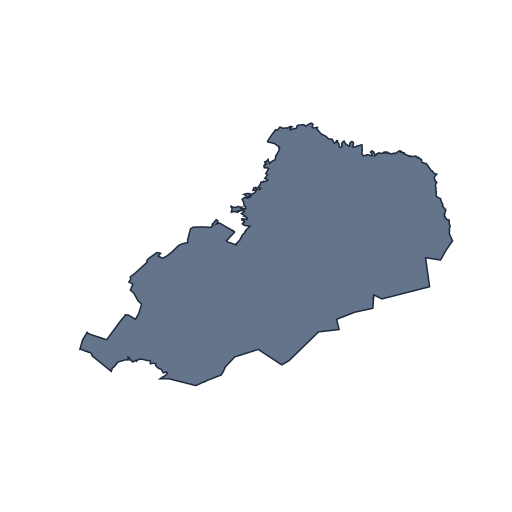 the district of Pinal de Amoles, Querétaro, Mexico, rotated 248°
{"feature_id": "50627088B68767100251382", "entity_name": "Pinal de Amoles", "entity_type": "district", "adm_level": 2, "iso_a3": "MEX", "parent_name": "Mexico", "parent_adm1": "Querétaro", "projection": "equal_earth", "projection_center": [-99.535, 21.167], "detail": "fine", "context": "isolated", "style": "filled", "palette": "slate", "viewbox_px": 512, "rotation_deg": 248, "n_neighbors": 0, "source": "geoboundaries", "source_scale": "gbopen_adm2", "svg_char_len": 6147}
<svg xmlns="http://www.w3.org/2000/svg" viewBox="0 0 512 512"><g transform="rotate(248 256 256)"><path d="M160.7,181.9L164.8,186.3L170.4,198.6L168.5,223.1L145.4,239.1L146.6,247.5L162.2,285.5L156.7,305.5L167.1,307.0L166.9,326.4L163.8,344.8L172.5,349.0L173.1,348.7L173.5,349.5L174.3,349.0L173.9,349.7L175.8,350.6L169.0,356.8L162.5,405.4L190.9,412.6L183.1,425.6L190.1,434.3L196.4,443.9L204.3,443.6L207.2,445.0L209.1,445.6L210.3,446.8L211.7,447.4L212.9,447.1L216.9,448.6L217.9,447.5L218.1,446.6L219.6,446.4L220.8,445.6L221.4,446.1L222.1,445.6L223.6,446.5L224.0,446.1L224.7,446.5L225.6,447.9L227.7,449.3L231.6,447.9L232.2,447.4L233.3,448.4L234.8,448.5L235.9,448.1L240.0,448.6L242.9,446.0L243.7,445.7L245.7,446.0L248.1,447.4L250.0,447.4L251.0,448.2L254.1,448.7L255.9,450.1L256.3,451.1L257.0,451.1L258.3,450.3L258.9,450.6L259.6,450.3L261.9,450.6L262.8,451.5L264.1,454.3L266.0,452.0L268.9,451.3L269.4,450.5L277.8,448.6L278.2,447.7L279.7,446.3L280.0,445.3L282.3,445.0L283.0,445.6L284.5,445.0L285.2,444.1L285.8,443.9L286.2,443.0L286.7,443.4L286.9,442.5L287.8,441.7L288.2,442.0L288.9,441.6L289.4,439.0L290.1,437.6L290.0,436.6L290.4,436.3L290.9,436.6L291.3,436.4L291.2,435.2L292.3,434.5L292.5,434.1L294.3,432.7L294.7,431.7L295.2,431.7L296.0,431.0L296.3,431.7L296.7,430.8L298.2,430.1L297.8,429.4L298.4,428.9L298.9,429.4L299.7,428.9L299.7,427.5L298.8,423.6L299.8,422.5L299.7,420.0L300.2,419.1L300.8,418.9L301.6,418.1L301.4,417.3L302.1,416.2L302.8,416.7L302.8,415.5L303.6,415.8L303.6,413.6L304.3,413.9L304.3,413.0L303.9,412.0L304.7,409.3L305.6,408.9L305.7,408.3L305.4,407.8L305.6,406.4L304.8,405.8L304.5,403.6L305.6,404.5L307.6,404.1L308.2,404.2L310.2,402.7L309.5,401.3L309.0,401.0L307.9,401.7L305.5,401.3L305.7,400.5L307.8,398.1L308.4,396.7L308.2,394.9L308.9,393.0L309.6,392.7L311.7,392.6L314.3,394.2L319.5,395.9L320.4,387.0L321.2,386.4L323.6,388.5L324.8,388.6L325.8,388.4L326.3,387.3L325.8,385.7L325.1,385.0L322.7,383.9L323.5,382.8L324.9,382.3L326.7,381.0L328.9,380.7L329.4,380.9L329.6,380.5L329.1,378.8L328.5,377.8L327.2,377.1L326.0,377.1L325.0,376.1L325.1,374.7L326.6,374.2L329.0,374.9L329.7,374.8L331.0,373.8L332.2,374.9L332.4,374.8L332.8,374.0L331.5,372.5L331.2,370.9L331.3,370.7L334.5,370.6L335.8,370.3L336.1,369.9L337.4,367.0L340.5,365.9L345.0,362.0L349.6,360.6L350.3,359.9L352.2,361.2L352.5,360.6L353.0,357.4L354.3,356.3L356.8,358.2L358.5,357.0L358.5,354.4L357.7,350.6L359.9,349.5L361.6,343.7L360.9,342.3L359.6,341.8L359.2,340.4L360.1,339.0L359.9,335.3L361.0,334.9L362.4,337.8L363.4,336.1L363.0,334.2L363.0,332.8L363.6,331.6L364.4,328.6L366.2,327.1L366.6,326.4L364.7,323.2L365.8,321.5L362.2,315.6L358.0,309.6L357.3,309.6L353.4,315.2L348.1,318.6L348.1,317.8L345.6,317.2L344.8,316.4L343.8,314.8L342.2,313.4L342.1,312.5L341.7,312.0L340.2,311.3L339.6,310.7L338.1,309.9L337.9,309.4L338.1,308.1L337.6,305.3L336.6,303.4L339.0,303.2L339.4,302.9L341.0,303.4L339.8,300.6L340.0,299.4L338.8,299.3L338.0,300.1L337.2,300.0L337.6,298.8L337.3,298.0L336.6,297.9L336.7,297.3L336.3,297.3L336.1,296.9L334.7,296.8L334.7,297.3L334.0,298.0L333.6,299.2L332.4,300.6L328.7,295.9L327.9,296.6L326.9,297.0L324.7,293.2L322.0,295.5L321.6,294.3L321.8,291.8L322.5,291.2L321.8,290.2L322.8,288.6L322.6,288.2L320.9,286.9L319.1,284.0L318.5,284.9L317.1,285.5L317.1,285.1L316.6,285.2L316.5,283.6L317.0,282.7L318.0,282.5L319.0,283.8L318.7,282.8L318.8,281.8L319.1,281.4L319.7,281.4L320.1,279.6L318.0,277.7L317.0,281.1L315.6,279.4L315.6,278.8L314.7,277.2L315.2,275.7L313.6,273.7L312.9,272.2L314.2,271.8L314.6,272.8L316.1,273.8L317.6,270.2L317.6,267.9L316.9,268.8L314.9,269.3L312.9,270.5L312.9,269.8L314.6,267.2L313.8,264.4L310.1,264.6L306.7,263.8L306.3,264.1L306.2,264.6L303.9,264.6L303.8,262.6L304.3,262.9L304.8,262.5L305.0,261.6L304.4,260.8L304.2,261.0L304.3,260.7L305.8,259.7L306.6,261.2L307.5,259.3L308.8,257.9L308.5,256.2L308.9,254.6L310.5,252.2L311.6,251.5L311.3,251.2L310.0,251.4L309.6,251.7L307.7,250.9L306.3,249.6L305.8,249.5L305.8,250.7L305.4,252.0L305.5,252.3L304.0,254.4L304.4,254.9L303.4,255.4L303.7,256.8L304.3,255.9L304.5,255.9L304.6,256.5L303.7,258.9L303.6,259.7L303.9,261.2L303.7,260.9L302.4,261.8L301.4,261.9L301.5,260.2L301.2,260.4L301.1,260.1L301.4,259.8L301.0,259.5L300.7,258.3L297.7,260.8L297.4,260.7L297.3,259.9L295.3,261.8L295.2,261.4L294.7,261.4L294.0,261.8L293.3,261.1L295.8,257.1L295.6,256.5L294.5,256.5L293.5,257.4L293.3,257.6L293.7,258.0L294.1,258.0L294.1,258.5L293.9,258.6L292.5,257.7L291.6,257.8L291.3,256.9L291.5,256.6L291.5,256.3L290.9,255.3L288.6,256.8L285.9,261.6L283.6,256.0L282.8,255.1L282.5,255.3L281.5,253.8L281.1,252.2L280.4,250.9L276.9,247.0L276.1,245.4L276.2,245.1L275.5,244.3L275.3,243.3L274.5,241.7L273.7,241.8L279.6,235.0L281.4,234.3L281.8,236.1L283.7,239.5L284.4,241.6L285.1,242.5L285.4,243.9L286.2,245.1L286.7,245.0L287.7,244.5L288.1,243.9L288.3,244.1L290.6,242.0L291.5,241.6L292.1,241.8L291.4,241.4L300.2,234.6L300.5,231.4L301.6,233.3L302.7,233.2L303.0,233.8L304.6,232.7L301.9,228.0L302.1,227.7L301.4,227.1L300.9,227.4L301.0,227.1L299.3,225.4L303.2,216.8L306.3,208.5L305.8,205.5L296.4,198.5L293.9,197.7L294.3,196.5L294.9,192.3L294.9,188.6L291.1,179.1L289.5,173.8L288.9,168.4L292.6,165.4L294.2,168.6L296.4,165.5L293.9,155.6L292.9,153.3L290.9,152.4L285.1,136.7L283.8,131.6L282.3,131.2L281.3,131.2L279.5,128.3L276.0,131.4L271.5,126.7L267.4,128.8L258.6,129.8L254.6,131.8L253.8,131.6L246.3,125.4L242.5,120.5L248.9,115.7L250.5,112.8L249.6,112.0L247.0,106.8L234.3,86.2L245.2,73.2L246.3,72.4L246.7,71.5L248.5,70.9L243.2,63.8L235.4,57.7L235.0,58.8L231.3,62.6L231.0,63.5L229.5,64.4L229.0,65.9L226.5,67.0L225.6,66.9L225.0,66.5L203.2,78.6L206.0,80.8L206.4,82.8L209.4,88.3L208.6,96.1L207.6,98.4L210.1,99.4L209.6,99.7L209.3,100.5L208.3,99.9L207.4,100.5L206.9,100.1L205.9,101.4L204.3,101.5L203.9,102.3L204.3,105.5L203.2,105.6L204.0,107.6L203.7,110.0L202.6,112.3L200.0,115.7L198.7,118.5L197.5,118.6L196.4,117.7L195.6,117.8L195.1,120.1L194.0,122.4L193.6,122.7L192.1,122.0L191.5,122.0L188.0,123.7L187.0,125.3L185.5,125.9L182.5,126.2L182.1,127.3L182.1,129.2L180.5,130.1L179.1,126.9L178.7,123.6L178.1,121.0L174.7,129.4L158.6,151.4L158.4,152.3L158.9,160.9L158.5,161.1L158.9,164.6L158.7,179.1L160.7,181.9Z" fill="#64748b" stroke="#1e293b" stroke-width="1.5"/></g></svg>